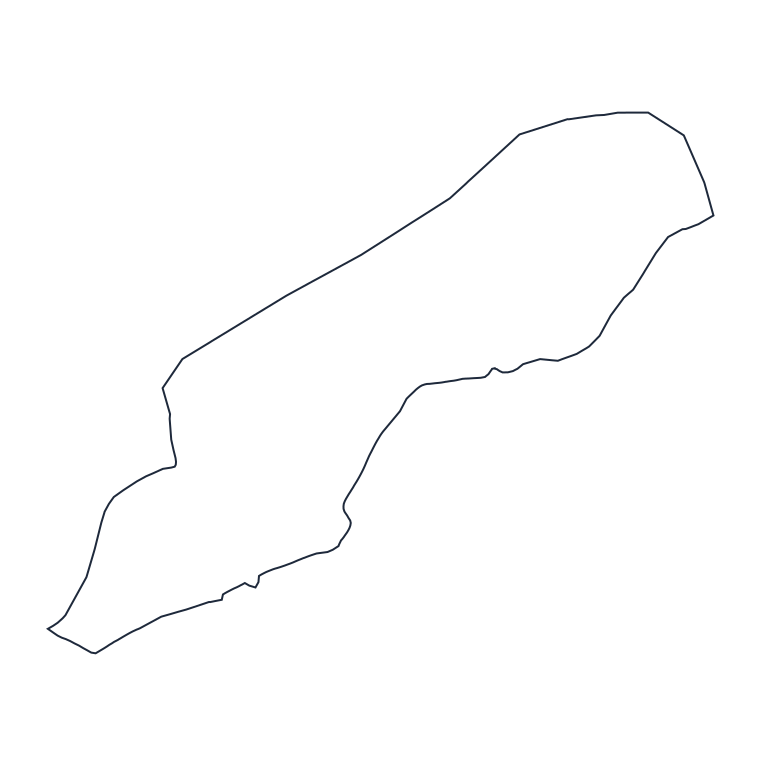 outline of Mukayras, Al Bayda', Yemen, rotated 185°
{"feature_id": "15242507B36585433603827", "entity_name": "Mukayras", "entity_type": "district", "adm_level": 2, "iso_a3": "YEM", "parent_name": "Yemen", "parent_adm1": "Al Bayda'", "projection": "natural_earth1", "projection_center": [45.819, 14.026], "detail": "fine", "context": "isolated", "style": "outline", "palette": "slate", "viewbox_px": 768, "rotation_deg": 185, "n_neighbors": 0, "source": "geoboundaries", "source_scale": "gbopen_adm2", "svg_char_len": 3843}
<svg xmlns="http://www.w3.org/2000/svg" viewBox="0 0 768 768"><g transform="rotate(185 384 384)"><path d="M697.5,110.8L691.1,107.1L687.2,104.9L682.9,103.2L678.6,102.1L677.8,101.8L674.3,100.6L669.7,98.6L665.0,96.8L660.7,94.7L656.6,92.9L653.1,91.3L652.2,90.9L647.8,90.6L641.8,94.9L639.6,96.5L637.1,98.4L634.8,100.3L632.5,101.9L630.4,103.6L628.3,104.9L626.6,106.0L626.0,106.5L624.0,107.9L622.1,109.3L620.1,110.7L618.1,112.1L615.6,113.8L612.8,115.6L610.7,116.8L609.0,117.8L608.1,118.2L606.0,119.3L585.6,132.8L576.9,136.1L569.0,139.2L561.5,142.0L553.8,145.3L539.3,151.6L538.2,151.6L534.5,152.7L530.0,154.0L526.8,154.9L526.1,160.3L524.6,161.4L524.2,161.7L522.0,163.2L519.8,164.6L517.8,165.9L515.5,167.3L512.9,168.7L510.6,170.1L509.3,171.0L507.8,171.9L505.3,173.6L500.6,171.4L494.3,170.1L491.8,175.7L491.8,181.9L489.6,183.5L487.1,185.1L485.0,186.4L482.9,187.5L480.7,188.6L478.5,189.7L476.4,190.6L474.0,191.5L473.8,191.6L471.8,192.4L469.5,193.4L466.8,194.6L464.5,195.7L461.9,196.9L458.9,198.4L456.9,199.5L454.5,200.8L451.7,202.2L448.8,203.7L448.4,203.8L446.0,205.0L443.7,206.1L441.5,207.1L438.5,208.4L436.4,209.3L425.6,211.7L420.6,214.4L415.2,218.6L414.7,220.4L413.6,223.3L413.2,224.4L412.0,226.0L410.6,228.2L410.3,228.8L409.2,230.7L407.9,232.9L406.7,235.4L405.8,237.7L405.2,240.1L405.0,242.7L405.8,245.1L407.7,247.5L409.2,249.7L410.7,251.5L410.9,251.7L412.3,253.5L413.4,256.1L413.7,258.7L413.6,261.2L412.9,263.7L411.9,266.2L410.8,268.5L409.5,271.2L408.2,273.6L407.0,276.0L406.3,277.3L405.7,278.5L405.0,280.1L404.4,281.3L402.9,284.2L401.8,286.5L400.6,289.1L399.3,292.1L398.3,294.5L397.2,297.3L396.2,300.1L395.3,302.8L395.1,303.5L394.6,305.0L393.5,308.2L392.6,310.9L391.6,313.4L390.5,316.0L389.4,318.8L388.3,321.5L387.3,323.9L386.1,326.6L384.9,329.0L383.7,331.5L383.2,332.5L382.2,334.3L380.8,336.6L365.7,358.3L363.9,362.6L360.6,370.4L360.2,371.3L358.2,373.7L357.9,374.0L357.4,374.6L353.3,379.2L351.8,381.0L351.7,381.1L351.4,381.4L350.0,382.8L349.2,383.5L348.1,384.5L346.1,385.9L343.4,387.1L341.2,387.8L338.7,388.1L336.2,388.6L333.4,389.2L331.2,389.6L329.0,390.0L326.7,390.5L324.4,391.1L322.3,391.7L322.0,391.7L319.3,392.4L317.1,392.9L316.6,393.0L314.7,393.4L312.1,394.1L309.9,394.8L307.4,395.6L306.2,396.0L303.0,396.5L302.9,396.5L299.8,396.9L294.0,397.8L293.8,397.8L288.3,398.6L284.0,399.8L282.6,401.2L280.8,402.9L279.4,405.4L277.9,407.9L277.7,408.5L275.3,409.3L275.3,409.0L272.8,408.6L272.4,408.3L270.0,407.0L266.9,405.9L261.7,406.4L256.7,408.1L254.4,409.6L252.4,410.8L248.7,414.4L247.5,415.6L247.1,415.9L243.6,417.3L241.3,418.2L230.7,422.4L229.0,422.4L218.8,422.3L218.7,422.3L213.8,422.3L212.8,422.3L209.9,423.7L209.5,423.9L209.1,424.1L204.1,426.4L202.1,427.3L199.7,428.4L194.6,430.8L190.2,434.0L188.8,435.0L185.8,437.1L183.0,439.2L177.9,445.3L173.4,450.8L168.2,462.7L167.4,464.5L164.1,472.0L159.7,479.2L154.7,487.3L152.6,490.8L148.2,495.4L145.8,497.8L144.0,499.7L140.5,506.5L137.3,512.7L135.7,515.8L135.5,516.2L134.1,519.1L131.3,524.7L127.1,533.1L124.6,538.1L113.8,555.2L100.2,564.2L97.0,564.7L96.7,564.8L91.9,567.1L88.3,568.9L84.7,570.6L70.5,580.6L82.1,611.6L82.7,613.0L99.5,644.0L107.0,657.8L144.5,677.4L174.7,674.7L188.1,671.2L196.2,670.1L223.0,663.8L224.3,663.8L270.8,644.4L299.4,613.1L315.1,596.0L317.7,593.2L319.4,591.2L323.8,586.4L334.6,574.7L358.1,556.6L369.8,547.7L378.6,540.9L383.1,537.4L413.5,514.1L417.9,510.7L461.4,481.8L461.9,481.5L484.1,466.7L488.9,463.5L508.5,449.1L539.2,426.5L559.6,411.5L560.2,411.0L587.0,391.3L604.2,360.6L595.9,339.0L594.5,335.4L594.5,330.7L591.1,310.0L587.9,299.8L585.2,292.0L584.4,288.3L584.4,285.4L585.3,283.4L588.6,282.2L596.9,280.2L606.3,274.9L613.0,271.3L621.8,265.4L634.5,255.4L643.3,247.9L647.6,240.6L651.2,232.4L651.4,231.2L653.5,221.3L657.7,194.9L658.2,192.3L663.2,167.5L663.6,165.6L681.2,125.9L683.7,122.6L688.3,117.7L692.5,114.3L697.5,110.8Z" fill="none" stroke="#1e293b" stroke-width="2"/></g></svg>